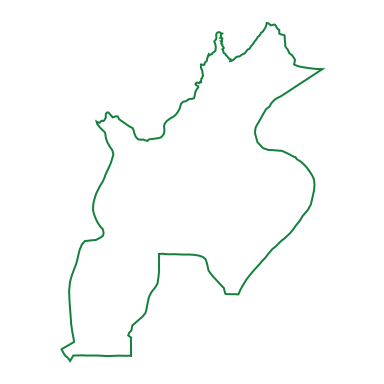 the district of Mukh Kampul, Kândal, Cambodia
{"feature_id": "14789045B82229492070205", "entity_name": "Mukh Kampul", "entity_type": "district", "adm_level": 2, "iso_a3": "KHM", "parent_name": "Cambodia", "parent_adm1": "Kândal", "projection": "albers", "projection_center": [104.942, 11.775], "detail": "fine", "context": "isolated", "style": "outline", "palette": "green", "viewbox_px": 384, "rotation_deg": 0, "n_neighbors": 0, "source": "geoboundaries", "source_scale": "gbopen_adm2", "svg_char_len": 4771}
<svg xmlns="http://www.w3.org/2000/svg" viewBox="0 0 384 384"><path d="M96.6,121.6L97.3,124.1L98.8,126.1L100.7,128.3L103.4,130.8L105.0,132.6L105.5,134.9L105.9,138.2L107.5,142.6L109.6,146.3L112.4,150.4L113.4,154.7L112.5,157.5L111.0,162.6L109.5,166.0L107.9,169.5L105.3,175.1L104.4,178.0L102.7,181.6L100.0,186.0L97.5,190.9L96.1,193.8L94.5,198.9L93.5,202.6L93.1,206.9L93.1,210.4L93.9,213.9L95.4,217.8L96.9,221.2L98.7,224.2L100.7,227.1L102.6,228.8L103.2,230.7L103.6,233.4L103.0,235.6L101.0,237.3L96.1,239.9L90.6,240.4L84.9,241.1L81.9,244.5L79.7,249.7L78.5,254.5L77.2,260.1L76.1,264.2L74.7,267.6L71.7,275.8L70.0,282.0L69.1,290.9L69.5,300.8L70.1,309.2L70.7,317.1L71.1,323.5L72.3,331.8L73.6,338.7L74.1,341.9L70.1,344.3L65.3,347.0L61.6,349.2L62.6,351.4L64.0,353.8L65.6,356.1L67.7,357.6L70.1,361.0L73.3,355.5L80.6,355.4L81.6,355.3L85.8,355.5L86.8,355.5L92.9,355.5L97.5,355.5L107.7,356.1L108.6,356.0L118.0,355.7L122.0,355.7L126.0,355.8L129.1,355.7L131.1,355.9L130.9,338.9L131.2,337.6L129.2,336.2L128.2,335.4L129.3,332.6L131.4,330.4L132.3,325.5L137.9,320.6L142.3,316.9L145.5,312.9L146.3,310.0L147.4,304.2L148.6,298.4L149.5,295.9L151.3,292.3L155.5,287.0L157.5,283.5L158.4,277.7L159.1,270.8L159.0,265.8L159.1,260.5L158.9,253.9L163.2,253.8L166.5,254.2L169.6,254.3L175.1,254.2L181.6,254.5L188.6,254.5L193.9,254.8L198.9,255.6L202.7,256.9L205.3,258.9L206.2,260.9L207.4,265.3L208.5,270.5L210.9,273.8L213.1,276.6L216.7,280.4L219.3,283.3L221.5,285.7L223.8,287.9L224.8,291.9L225.4,293.8L227.3,294.1L230.7,294.2L235.1,294.2L238.4,294.4L240.4,289.7L243.2,284.8L246.2,279.8L250.1,274.8L253.2,271.1L256.7,267.2L259.5,264.2L261.9,261.3L264.1,259.0L265.9,257.0L267.2,255.3L268.0,254.2L270.1,251.7L272.3,249.1L275.7,246.5L278.8,243.3L281.9,240.3L283.1,239.6L284.8,238.2L287.8,235.3L290.2,233.1L291.7,231.2L293.6,228.8L296.0,225.4L299.7,220.9L302.5,216.2L306.1,212.0L307.8,210.0L310.8,204.5L311.1,203.5L311.3,202.6L312.4,197.9L314.0,190.6L314.5,184.4L314.0,179.6L313.2,177.7L312.3,175.6L309.4,171.2L306.9,167.7L303.6,164.1L301.0,161.8L296.8,159.2L295.5,157.2L293.6,156.7L289.9,154.6L286.9,153.1L284.4,152.0L281.8,150.8L280.1,150.7L278.5,150.6L277.2,150.5L272.2,150.1L268.3,149.9L263.2,148.2L257.5,142.3L254.9,132.8L255.6,127.5L260.5,118.9L263.4,113.7L266.2,109.0L269.6,106.5L271.2,103.4L274.6,99.7L276.8,98.3L280.0,96.7L281.8,95.7L287.6,91.9L293.2,88.2L322.4,69.1L316.5,69.0L309.5,68.2L302.3,67.1L298.0,66.2L295.1,65.0L294.1,64.4L295.0,59.9L293.3,57.0L292.0,55.1L290.6,54.2L289.1,52.9L288.3,50.9L287.8,49.7L286.0,47.5L285.2,46.2L285.3,43.7L284.9,41.1L284.7,38.6L284.7,35.6L283.8,35.0L282.5,34.7L281.5,34.5L280.3,34.2L279.3,33.6L279.3,31.8L279.2,29.8L277.8,29.1L276.8,27.8L275.9,25.8L275.0,24.8L274.2,24.5L272.3,25.1L270.6,25.3L269.8,24.5L268.3,23.3L266.8,23.0L266.2,25.3L265.4,27.6L264.3,29.2L263.1,31.3L261.1,32.8L260.4,34.2L259.2,36.0L257.9,36.8L256.7,38.9L255.6,40.3L254.5,41.5L253.7,42.9L252.4,44.7L251.0,46.2L250.3,47.5L249.3,48.9L247.6,49.6L246.0,51.6L244.7,53.5L242.7,54.2L241.5,54.9L239.4,56.5L237.9,56.5L237.0,56.7L236.0,57.3L234.8,58.6L233.1,60.0L232.3,60.4L231.4,60.9L230.2,61.1L230.5,60.1L230.6,59.3L229.7,59.2L228.9,58.5L227.0,56.1L225.8,55.1L225.4,54.0L223.6,52.9L223.3,51.0L223.0,50.1L222.3,49.3L223.3,48.6L223.8,47.9L222.7,46.1L222.2,45.4L222.3,44.3L221.3,43.7L221.6,42.6L221.0,41.4L222.0,41.5L221.7,40.2L222.2,39.4L222.3,38.3L221.4,38.0L220.3,37.9L221.1,36.8L220.7,35.5L221.4,34.2L222.1,33.5L220.9,33.2L219.4,32.1L217.3,32.6L216.6,33.5L216.2,35.1L216.4,38.0L215.9,39.5L214.6,40.9L214.2,41.9L214.9,43.0L215.3,44.2L215.8,47.0L215.6,49.2L215.4,50.9L214.3,51.7L213.2,52.5L212.4,53.2L212.0,54.0L211.0,54.5L210.1,54.5L209.4,55.3L208.7,54.4L208.3,55.5L207.8,56.2L207.7,57.5L207.2,58.3L207.1,59.5L206.8,60.7L206.2,61.5L205.1,62.3L204.7,63.1L204.5,64.4L203.8,65.0L202.2,64.6L201.0,64.5L200.9,66.7L201.0,67.9L201.7,69.5L202.2,70.2L202.4,71.4L202.7,74.3L203.1,75.7L202.5,76.5L202.2,78.0L201.3,78.7L201.3,79.9L200.9,80.8L201.1,82.2L199.9,82.1L199.4,83.1L197.6,82.6L196.7,82.8L195.8,83.3L195.4,84.2L196.2,85.2L198.2,86.3L198.3,87.3L196.7,89.3L195.6,91.2L195.1,93.4L194.6,96.2L193.9,98.3L191.8,98.8L188.7,99.2L186.0,101.2L183.1,101.7L181.0,103.9L179.8,108.2L178.5,110.9L176.4,114.0L174.0,116.3L170.3,118.4L166.8,121.0L165.6,122.5L164.7,123.8L164.0,126.1L164.4,129.3L164.2,132.8L163.3,134.8L162.3,136.0L161.1,137.2L160.1,137.7L158.1,138.2L155.6,138.5L153.6,138.8L150.0,139.2L148.8,139.5L147.5,140.9L144.8,140.2L143.0,139.5L141.3,139.8L137.9,139.2L135.8,136.8L134.3,133.3L133.8,130.7L132.6,128.1L129.0,126.2L125.2,123.5L121.1,120.7L119.0,119.1L118.3,117.5L117.8,116.5L115.9,116.3L112.8,117.4L111.3,115.8L108.8,112.9L107.7,112.3L106.8,112.7L105.9,113.8L105.7,115.9L105.9,117.3L104.6,119.8L103.6,121.0L101.5,120.7L99.7,122.8L97.9,122.3L96.6,121.6Z" fill="none" stroke="#15803d" stroke-width="2"/></svg>